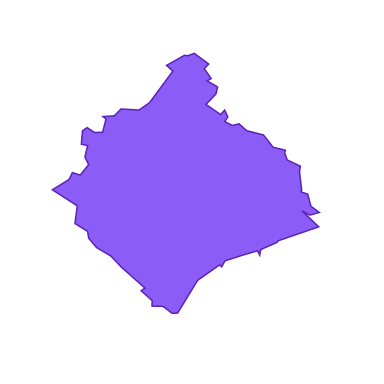 Rutherford, Tennessee, United States of America, rotated 123°
{"feature_id": "52423323B26987147906068", "entity_name": "Rutherford", "entity_type": "district", "adm_level": 2, "iso_a3": "USA", "parent_name": "United States of America", "parent_adm1": "Tennessee", "projection": "albers", "projection_center": [-86.446, 35.86], "detail": "fine", "context": "isolated", "style": "filled", "palette": "violet", "viewbox_px": 384, "rotation_deg": 123, "n_neighbors": 0, "source": "geoboundaries", "source_scale": "gbopen_adm2", "svg_char_len": 1077}
<svg xmlns="http://www.w3.org/2000/svg" viewBox="0 0 384 384"><g transform="rotate(123 192 192)"><path d="M304.6,142.6L301.3,138.1L263.1,139.2L238.2,129.2L238.6,126.3L231.8,126.9L215.8,113.8L205.6,105.0L208.1,100.8L202.8,103.0L187.7,93.1L186.0,93.2L152.2,66.8L147.9,89.3L147.2,80.6L139.8,74.1L139.2,84.5L130.8,93.8L132.5,100.7L130.5,101.2L116.4,112.9L111.3,115.2L113.3,129.6L108.7,135.6L106.1,136.4L110.3,148.3L105.2,163.2L110.8,179.5L109.2,189.7L114.2,194.4L115.1,202.9L109.6,202.8L105.5,209.2L111.5,210.3L110.9,228.0L96.7,225.3L90.0,227.7L90.6,239.9L86.4,237.7L81.9,248.9L75.6,247.7L74.5,265.6L80.0,269.7L81.5,272.8L99.7,282.3L101.1,273.9L140.4,276.3L152.1,281.1L161.1,296.8L170.4,298.6L177.2,307.7L177.6,303.9L190.6,299.5L195.2,306.2L195.1,315.0L200.2,317.2L212.2,310.8L209.9,304.8L221.0,300.9L225.3,293.6L238.7,295.0L240.9,302.9L248.3,301.9L266.2,310.3L266.1,280.7L282.2,273.0L281.9,258.1L287.1,253.4L290.6,241.8L289.9,225.0L293.6,209.8L298.2,179.1L302.5,180.9L304.8,166.2L309.5,163.4L303.7,154.0L304.6,142.6Z" fill="#8b5cf6" stroke="#5b21b6" stroke-width="1.5"/></g></svg>